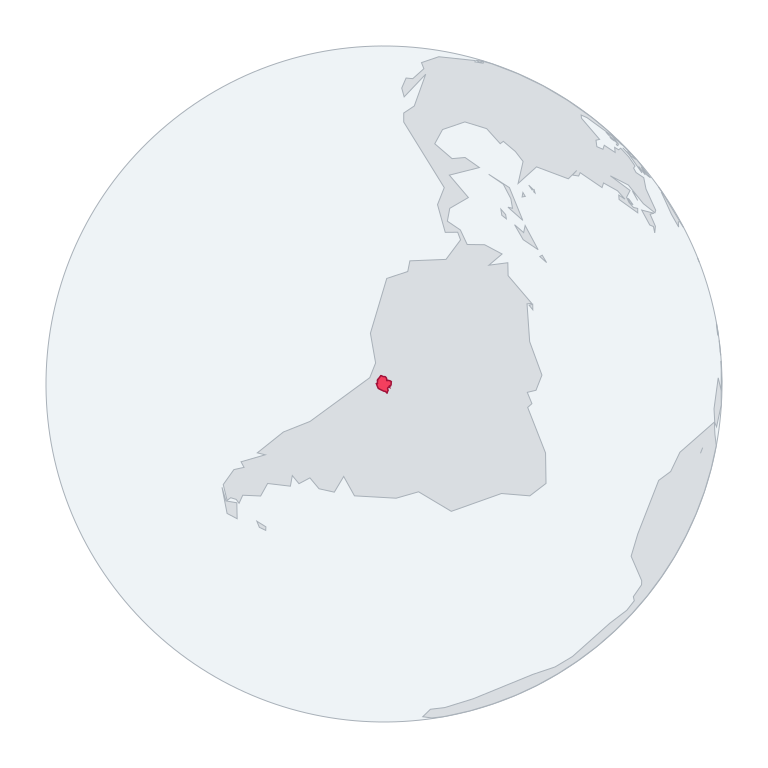 Oruro on an orthographic globe, rotated 50°
{"feature_id": "BOL-1937", "entity_name": "Oruro", "entity_type": "Department", "adm_level": 1, "iso_a3": "BOL", "parent_name": "Bolivia", "parent_adm1": "", "projection": "orthographic", "projection_center": [-67.639, -18.613], "detail": "fine", "context": "on_globe", "style": "filled", "palette": "rose", "viewbox_px": 768, "rotation_deg": 50, "n_neighbors": 0, "source": "natural_earth", "source_scale": "10m", "svg_char_len": 5808}
<svg xmlns="http://www.w3.org/2000/svg" viewBox="0 0 768 768"><g transform="rotate(50 384 384)"><circle cx="384" cy="384" r="338" fill="#eef3f6" stroke="#a8b0b8"/><path d="M311.6,53.9L312.5,53.7L322.2,51.8L321.8,52.0L330.0,50.4L329.6,50.5L335.2,49.6L337.9,49.2L335.7,49.6L340.0,49.0L339.8,49.4L348.3,48.0L355.1,47.6L352.8,48.2L342.2,49.4L310.4,57.3L304.7,60.1L307.4,61.9L335.2,61.6L333.5,64.9L339.0,68.4L344.9,65.4L342.7,61.8L355.2,58.1L351.0,55.2L355.4,53.7L355.5,51.1L367.1,50.5L378.4,51.6L379.0,54.0L384.0,55.0L392.9,52.4L403.1,58.0L425.6,64.2L427.0,66.4L412.6,69.4L388.7,68.9L370.0,76.8L393.9,71.1L396.9,78.2L402.4,79.6L409.1,79.4L412.6,76.8L416.0,79.6L393.7,85.3L390.2,82.7L397.3,80.6L386.1,80.9L371.1,86.6L373.7,90.7L348.2,97.9L349.8,101.2L345.1,105.3L344.3,99.1L345.3,110.9L315.7,127.6L316.6,152.4L302.9,134.4L290.3,133.9L274.8,136.6L274.6,140.5L254.4,141.2L235.2,153.6L226.7,175.6L232.6,190.7L255.1,187.0L262.6,176.3L279.5,171.8L266.0,199.7L295.4,199.5L291.7,220.7L300.0,230.8L315.1,226.5L330.6,230.6L342.0,217.4L360.3,210.0L360.4,227.3L370.7,211.2L380.8,219.3L417.3,219.0L414.5,222.9L445.2,245.2L478.7,257.3L486.5,271.6L482.5,279.6L494.1,283.3L494.3,289.0L540.7,304.6L564.3,323.8L563.4,344.2L543.4,364.4L524.8,414.3L488.8,426.8L479.3,448.1L450.7,478.5L428.9,474.3L434.9,491.6L422.5,501.1L408.3,501.1L405.7,513.2L395.2,513.1L402.1,521.4L385.4,537.1L390.5,550.5L378.4,563.7L382.2,571.7L377.4,571.4L372.6,574.5L372.3,579.0L357.7,571.8L353.1,554.0L357.9,544.8L351.7,543.5L361.9,520.5L355.3,525.3L356.1,491.9L365.1,464.8L370.0,390.8L362.5,376.9L336.4,361.8L304.9,314.0L313.1,293.5L306.3,285.0L328.4,256.4L322.8,232.7L315.1,230.0L307.2,239.6L281.0,227.7L272.3,211.6L196.0,200.5L189.1,194.7L190.5,182.1L173.5,152.9L177.0,184.0L168.7,180.2L163.8,170.4L168.6,165.7L168.1,150.8L161.9,148.7L168.5,131.7L194.9,106.2L195.7,107.3L202.0,101.9L201.4,100.8L199.5,101.4L208.1,95.5L232.6,81.9L258.1,70.4L284.5,61.1L311.6,53.9ZM314.2,161.7L347.9,172.5L328.2,175.4L332.0,172.6L323.6,167.7L307.7,164.2L290.6,169.0L314.2,161.7ZM330.6,145.8L324.7,145.3L330.5,144.7L330.6,145.8ZM197.6,102.6L200.7,101.2L198.7,104.0L195.3,105.3L197.6,102.6ZM200.6,100.1L198.5,101.6L198.7,101.4L200.6,100.1ZM349.1,51.8L352.2,51.5L350.6,52.1L349.1,51.8ZM346.1,51.3L342.0,52.3L340.0,52.2L342.6,51.6L346.1,51.3ZM351.7,50.2L337.0,52.0L333.5,52.0L340.5,49.9L351.7,50.2ZM382.3,587.4L359.0,574.5L372.0,580.2L380.4,573.1L392.8,583.1L382.3,587.4ZM407.4,569.6L417.5,566.3L420.1,568.7L413.7,571.6L407.4,569.6ZM617.4,139.6L617.0,139.3L630.6,156.8L626.1,155.4L615.1,147.1L594.1,124.0L606.4,130.2L599.1,123.6L582.9,111.2L588.0,114.7L582.9,110.8L583.7,111.4L617.4,139.6ZM678.8,549.1L676.9,552.5L670.6,562.0L663.8,568.2L663.0,557.5L670.9,545.5L682.5,517.9L702.1,456.7L710.7,434.8L713.9,414.8L712.4,364.9L713.4,343.4L710.9,331.6L707.2,329.7L703.4,315.8L700.3,313.0L674.8,305.4L661.9,285.8L634.4,235.5L635.3,220.6L626.5,201.2L625.5,155.4L635.3,162.9L644.7,169.0L659.2,187.9L672.4,207.8L684.1,228.6L694.3,250.2L703.0,272.4L710.0,295.2L715.5,318.4L719.3,341.9L721.4,365.7L721.9,389.5L720.6,413.3L717.7,437.0L713.2,460.4L707.0,483.4L699.1,506.0L689.8,527.9L678.8,549.1ZM637.6,180.8L640.5,186.1L637.6,180.8ZM418.5,218.8L422.8,222.3L417.0,222.2L418.5,218.8ZM325.2,182.1L332.4,181.9L336.1,184.1L330.5,185.3L325.2,182.1ZM387.0,180.0L395.5,181.4L386.5,182.7L387.0,180.0ZM353.3,174.0L380.2,179.6L362.9,184.6L345.9,181.6L357.8,179.7L353.3,174.0ZM326.6,154.5L331.1,155.2L329.5,158.0L326.6,154.5ZM334.8,145.5L333.1,145.8L331.0,143.8L334.8,145.5ZM398.2,77.9L400.1,77.5L406.8,78.0L403.5,79.1L398.2,77.9ZM437.6,74.7L442.3,79.5L436.6,76.4L433.0,78.2L416.4,74.8L426.8,67.4L425.0,71.0L437.6,74.7ZM397.1,69.6L406.5,71.7L395.9,69.7L397.1,69.6ZM557.6,94.1L562.3,97.0L560.5,96.6L552.8,91.6L551.4,90.5L556.0,93.1L557.6,94.1ZM578.5,107.6L574.9,105.5L573.7,104.4L568.4,100.9L566.1,99.3L578.5,107.6ZM493.2,64.2L488.7,62.7L493.2,64.2ZM366.9,47.2L362.6,47.6L362.5,47.4L366.0,47.0L366.9,47.2ZM374.4,46.2L385.4,46.3L381.5,46.5L397.4,47.3L393.3,48.3L383.1,47.4L391.8,49.4L381.0,49.1L388.1,50.7L365.9,48.8L356.5,49.3L368.5,48.2L372.6,47.1L371.5,46.8L361.5,46.9L347.2,48.1L374.4,46.2ZM456.8,54.0L449.5,53.1L449.1,54.5L453.2,57.4L438.6,54.7L425.4,51.0L415.0,48.2L417.5,47.8L410.4,47.2L409.5,47.0L415.5,47.5L414.2,47.4L456.8,54.0Z" fill="#d9dde1" stroke="#a8b0b8" stroke-width="1"/><path d="M376.5,386.0L376.6,385.8L376.7,385.7L376.3,384.8L376.4,384.7L376.2,384.2L376.2,383.7L376.2,383.4L376.2,383.2L375.9,382.8L375.9,382.7L375.9,382.4L375.8,382.0L375.8,381.9L375.8,381.7L375.6,381.5L375.5,381.2L375.9,380.9L375.9,380.7L376.0,380.6L376.4,380.4L377.1,380.2L377.4,380.1L377.9,379.7L378.1,379.5L378.6,378.9L378.9,378.6L379.3,378.4L379.5,378.3L380.1,378.3L381.0,378.3L381.6,378.6L381.8,378.7L383.0,379.6L383.3,379.6L383.4,379.4L383.5,379.3L383.5,379.2L383.4,379.1L383.3,378.9L383.5,378.7L384.4,378.1L384.5,378.0L385.2,377.5L385.9,377.1L386.0,377.1L386.7,376.9L386.8,376.9L387.0,376.9L387.1,377.0L387.3,377.3L387.5,377.6L388.6,378.5L389.0,378.9L389.4,379.6L389.7,380.3L389.6,380.5L389.1,380.7L389.0,380.8L389.0,381.4L389.0,381.5L389.3,381.8L389.5,381.8L389.8,381.8L390.0,381.8L390.3,381.9L390.1,382.0L389.7,382.3L389.4,382.4L389.4,382.5L389.4,382.8L389.3,383.2L389.3,383.3L389.4,383.5L389.6,383.9L389.6,384.0L390.2,384.4L390.3,384.5L390.8,384.7L391.2,384.7L391.5,384.9L391.6,385.0L391.9,385.8L392.1,386.3L392.4,386.7L392.8,387.2L392.9,387.3L392.9,387.5L392.7,387.5L391.9,387.6L390.7,387.7L390.4,387.9L389.7,388.5L389.3,388.8L389.1,388.9L387.9,389.4L386.2,390.2L384.5,390.9L383.7,391.2L383.4,391.1L382.9,391.0L380.4,390.2L378.8,389.6L379.0,389.2L379.5,388.9L379.5,388.7L379.4,388.6L379.2,388.5L378.6,388.1L378.4,388.0L378.3,387.9L378.1,387.6L378.0,387.4L377.4,387.0L377.3,386.8L377.0,386.8L376.9,386.7L376.7,386.3L376.6,386.1L376.5,386.0Z" fill="#f43f5e" stroke="#9f1239" stroke-width="1.5"/></g></svg>